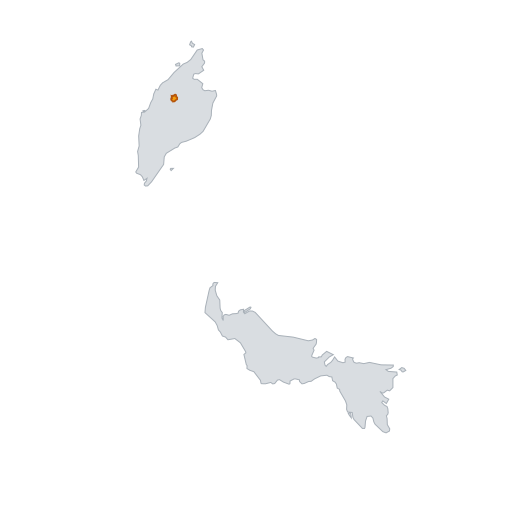 Cameron Highlands, Pahang, Malaysia shown in context, rotated 60°
{"feature_id": "92858781B10772357278230", "entity_name": "Cameron Highlands", "entity_type": "district", "adm_level": 2, "iso_a3": "MYS", "parent_name": "Malaysia", "parent_adm1": "Pahang", "projection": "mercator", "projection_center": [101.433, 4.47], "detail": "fine", "context": "in_parent", "style": "filled", "palette": "amber", "viewbox_px": 512, "rotation_deg": 60, "n_neighbors": 0, "source": "geoboundaries", "source_scale": "gbopen_adm2", "svg_char_len": 5061}
<svg xmlns="http://www.w3.org/2000/svg" viewBox="0 0 512 512"><g transform="rotate(60 256 256)"><path d="M436.9,254.7L434.1,254.2L430.3,251.8L426.3,251.0L414.9,251.0L413.3,250.3L411.0,251.7L407.1,250.4L404.8,250.6L402.3,252.0L398.7,250.8L397.0,252.9L394.7,254.2L392.2,259.9L391.7,266.7L392.1,270.9L391.0,273.2L390.5,278.0L389.7,280.1L386.5,281.0L385.0,280.3L382.2,283.2L381.5,284.4L381.3,289.0L383.6,290.5L383.5,291.5L378.9,295.3L374.8,297.5L374.2,299.5L375.8,303.6L375.1,305.5L372.9,306.4L371.4,311.7L369.4,315.0L368.7,315.3L365.9,314.3L355.1,315.7L351.9,318.5L348.9,320.1L346.4,318.5L345.2,318.7L335.2,315.7L334.8,313.2L333.7,312.8L323.4,312.9L316.9,315.6L314.5,322.2L311.0,322.9L308.5,325.1L304.0,324.9L301.2,325.5L296.9,324.4L292.7,324.3L279.5,328.5L275.2,325.5L262.3,313.7L260.5,311.7L260.1,308.1L258.7,307.4L258.2,306.5L258.0,305.4L260.0,302.5L262.0,306.3L265.2,308.4L270.8,309.8L276.0,309.4L283.3,313.2L285.6,313.8L288.1,313.5L292.7,316.5L295.5,316.6L291.8,314.6L291.1,313.0L291.5,311.3L293.9,308.9L294.3,305.3L296.1,301.7L296.5,300.0L295.1,298.7L294.8,296.5L295.9,293.4L298.3,295.0L300.4,294.6L300.4,289.0L301.9,286.6L304.4,284.9L329.2,279.3L333.2,277.9L336.0,276.3L344.9,264.3L355.6,253.1L357.0,249.1L356.9,246.3L357.6,245.7L358.7,245.3L361.0,246.8L362.3,247.9L364.5,252.7L366.6,252.8L370.0,257.4L370.8,258.0L371.8,257.7L374.6,254.8L375.3,252.6L374.7,252.3L376.0,249.8L374.9,248.2L373.9,242.5L380.1,238.4L380.1,243.1L381.9,249.8L385.0,250.8L386.7,250.4L385.8,248.3L385.5,244.4L384.6,241.8L382.7,238.4L387.9,237.7L391.9,234.1L392.5,231.9L389.9,230.5L388.9,228.8L388.9,227.0L393.0,222.7L393.4,223.9L396.0,224.3L397.3,224.2L399.1,222.5L400.0,220.0L403.1,216.5L404.9,210.9L412.8,202.1L419.1,191.6L420.4,192.5L420.7,195.3L419.4,200.3L422.1,199.1L426.9,192.1L429.7,193.2L429.5,195.2L430.6,198.7L438.4,203.2L439.6,207.7L437.8,209.4L438.4,213.8L437.8,215.2L435.2,216.4L442.3,215.2L446.4,212.6L448.9,216.9L444.9,218.6L445.8,220.4L449.6,219.3L451.9,217.8L454.2,218.2L457.8,219.9L458.9,220.9L459.6,223.0L462.2,223.7L467.7,226.6L472.6,226.6L474.3,228.0L474.2,231.8L471.5,234.0L461.3,237.0L458.6,236.9L454.8,235.8L452.1,236.4L450.5,240.0L453.6,243.6L458.9,247.3L459.6,248.2L458.5,250.1L446.5,252.9L444.0,252.7L439.6,250.9L436.9,254.7ZM48.2,203.9L49.5,198.8L51.4,198.5L53.3,201.5L59.6,203.8L61.5,203.1L62.4,203.5L63.3,204.3L65.0,208.3L69.0,208.4L69.5,214.8L67.7,217.3L67.4,219.0L70.4,222.0L72.1,221.2L73.6,218.5L80.2,215.9L83.0,218.8L85.5,218.8L87.3,217.7L88.7,214.3L91.3,211.7L92.4,208.4L96.2,209.3L97.7,210.0L102.0,216.9L107.7,221.8L112.0,224.5L114.5,227.1L121.6,239.5L122.5,243.6L122.8,249.8L121.7,259.0L120.4,263.7L120.7,265.9L122.5,269.2L121.9,272.4L122.2,282.3L124.3,285.9L130.5,290.2L139.5,309.3L141.1,314.7L140.2,316.7L138.6,317.3L137.2,316.2L136.3,313.6L134.2,311.5L134.5,315.3L130.6,314.8L127.8,315.4L124.6,318.0L123.1,318.1L120.3,313.2L110.1,307.7L106.3,306.3L102.3,302.2L93.4,297.6L87.7,293.1L85.2,290.3L79.4,287.9L76.9,285.0L74.4,283.4L75.7,280.6L74.5,275.2L70.4,270.3L68.4,266.9L64.5,263.5L61.5,259.3L63.3,258.0L60.3,253.5L59.3,250.2L59.3,244.0L56.1,235.2L53.4,223.1L53.9,218.8L53.2,214.2L48.2,203.9ZM427.2,187.6L425.9,188.8L425.5,185.6L427.3,183.9L430.0,183.5L430.0,186.5L429.4,187.3L427.2,187.6ZM42.2,203.4L43.8,205.8L42.6,207.2L41.6,206.8L39.9,207.9L37.9,205.6L37.7,204.5L40.0,204.7L42.2,203.4ZM299.2,293.9L298.5,294.2L297.4,293.4L297.2,286.6L297.9,286.0L298.9,287.3L299.2,293.9ZM53.1,227.0L51.5,230.2L49.8,229.9L50.1,226.2L51.0,225.7L53.1,227.0ZM443.8,254.4L440.7,254.8L438.5,254.8L438.8,252.9L439.8,252.7L443.8,254.4ZM139.6,286.8L137.9,286.9L137.5,286.0L138.8,283.7L139.6,286.8ZM74.9,281.1L73.8,281.5L74.0,280.1L74.8,279.3L74.9,281.1Z" fill="#d9dde1" stroke="#a8b0b8" stroke-width="1"/><path d="M76.2,244.8L76.0,245.0L75.9,245.1L75.7,245.3L75.7,245.5L75.7,245.8L75.8,245.8L75.8,246.0L75.7,246.1L75.7,246.3L75.8,246.3L75.9,246.5L76.0,246.7L76.2,246.8L76.3,246.8L76.4,247.0L76.5,247.2L76.4,247.3L76.2,247.4L75.9,247.4L75.8,247.5L76.0,247.6L76.0,247.8L75.9,247.8L75.8,248.0L75.8,248.3L75.7,248.3L75.4,248.5L75.3,248.8L75.2,248.9L75.3,248.9L75.5,248.8L75.7,249.0L75.6,249.3L75.8,249.5L76.0,249.6L76.2,249.4L76.3,249.4L76.5,249.4L76.6,249.5L76.8,249.6L77.0,249.7L77.0,249.8L77.1,249.7L77.3,249.7L77.5,249.8L77.7,250.0L77.5,250.3L77.5,250.5L77.4,250.7L77.2,250.8L77.3,250.8L77.5,251.0L77.8,251.2L77.7,251.2L77.9,251.2L78.0,251.3L78.4,251.2L78.6,251.2L78.7,251.3L78.8,251.2L79.0,251.1L79.3,251.1L79.5,251.1L79.8,250.9L80.0,250.9L80.2,250.6L80.3,250.5L80.6,250.5L80.9,250.6L80.9,250.4L81.0,250.0L81.0,249.9L81.2,249.7L81.3,249.6L81.4,249.4L81.3,249.2L81.2,248.9L81.2,248.7L81.3,248.6L81.2,248.5L81.0,248.4L80.9,248.3L81.0,248.1L81.0,247.9L80.9,247.8L80.8,247.5L80.8,247.3L80.9,247.2L81.0,246.9L81.0,246.7L81.0,246.1L80.9,246.1L80.7,245.9L80.6,245.7L80.4,245.6L80.1,245.6L80.0,245.3L79.9,245.2L79.7,245.1L79.4,244.9L79.2,244.9L78.9,245.0L78.7,245.1L78.5,245.3L78.4,245.5L78.1,245.7L77.8,245.6L77.8,245.4L77.7,245.4L77.5,245.2L77.4,245.0L77.1,244.9L76.9,244.8L76.7,244.8L76.4,244.9L76.2,244.8Z" fill="#f59e0b" stroke="#b45309" stroke-width="1.5"/></g></svg>